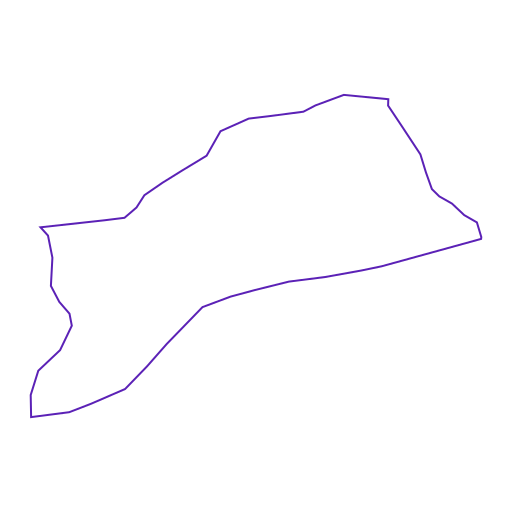 an SVG outline of Sabha
{"feature_id": "LBY-2971", "entity_name": "Sabha", "entity_type": "Municipality", "adm_level": 1, "iso_a3": "LBY", "parent_name": "Libya", "parent_adm1": "", "projection": "mercator", "projection_center": [14.98, 26.993], "detail": "fine", "context": "isolated", "style": "outline", "palette": "violet", "viewbox_px": 512, "rotation_deg": 0, "n_neighbors": 0, "source": "natural_earth", "source_scale": "10m", "svg_char_len": 722}
<svg xmlns="http://www.w3.org/2000/svg" viewBox="0 0 512 512"><path d="M388.3,99.2L388.1,105.6L402.1,126.6L420.4,154.4L425.9,172.3L431.9,189.1L439.3,196.4L452.0,203.6L464.2,215.1L476.9,222.4L481.3,237.1L481.1,238.9L381.6,266.3L361.4,270.5L325.2,277.0L288.9,281.6L254.7,290.1L230.6,296.6L202.5,307.1L186.6,323.5L166.7,344.0L146.9,366.5L125.1,389.0L91.2,403.7L69.2,412.2L31.1,417.1L31.1,416.7L30.7,395.0L38.3,370.7L60.1,350.1L71.8,325.7L69.5,313.7L59.3,301.9L50.9,285.9L52.4,257.7L48.0,235.6L40.5,227.3L104.3,220.3L124.5,217.8L136.5,207.5L144.4,195.2L162.4,182.8L182.5,170.3L206.6,155.7L220.5,131.2L248.7,118.6L268.9,116.2L303.4,111.7L315.5,105.4L343.8,94.9L388.3,99.2Z" fill="none" stroke="#5b21b6" stroke-width="2"/></svg>